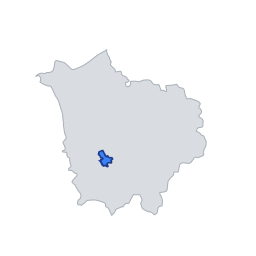 Akciabrski, Gomel, Belarus (highlighted), rotated 67°
{"feature_id": "67162791B76840313346110", "entity_name": "Akciabrski", "entity_type": "district", "adm_level": 2, "iso_a3": "BLR", "parent_name": "Belarus", "parent_adm1": "Gomel", "projection": "albers", "projection_center": [28.984, 52.671], "detail": "fine", "context": "in_parent", "style": "filled", "palette": "blue", "viewbox_px": 256, "rotation_deg": 67, "n_neighbors": 0, "source": "geoboundaries", "source_scale": "gbopen_adm2", "svg_char_len": 6581}
<svg xmlns="http://www.w3.org/2000/svg" viewBox="0 0 256 256"><g transform="rotate(67 128 128)"><path d="M202.0,177.2L198.4,177.2L194.0,177.4L191.6,179.2L188.9,178.4L187.1,179.4L182.8,184.3L181.2,186.8L179.7,190.8L178.8,193.7L179.3,195.7L180.2,197.6L180.4,199.6L180.9,201.2L179.8,202.4L179.2,204.0L177.3,203.8L175.0,202.2L174.5,199.9L172.8,198.3L171.6,197.5L169.7,197.4L166.7,198.2L162.8,198.8L159.8,199.0L158.2,199.9L155.8,200.7L154.8,199.7L153.5,197.1L152.4,194.5L151.7,193.4L151.0,193.0L150.2,193.1L149.3,193.9L148.6,194.8L146.1,195.8L145.0,196.7L143.8,199.1L143.0,198.9L142.2,198.4L141.2,195.7L139.9,195.0L137.9,195.0L135.3,194.4L133.2,193.6L132.4,193.8L131.2,194.9L129.8,195.0L126.9,194.0L126.3,194.4L124.6,197.4L123.7,197.5L123.3,197.1L123.6,194.5L121.9,193.6L119.0,193.4L117.0,193.7L116.0,193.6L115.5,193.1L113.1,188.7L111.8,188.4L109.5,188.5L106.0,187.9L102.1,186.8L99.9,186.4L98.8,185.4L96.3,185.0L89.8,182.9L87.2,182.4L83.2,182.2L77.2,181.5L73.3,181.5L71.5,182.0L69.4,182.3L62.3,182.4L59.7,182.7L58.9,183.6L57.9,185.5L54.7,188.7L51.7,190.8L51.2,191.0L49.6,189.6L48.2,189.1L46.6,188.9L45.4,189.2L44.6,189.7L44.5,192.3L44.3,192.6L43.3,189.3L43.6,186.5L44.4,184.9L45.4,183.5L45.2,181.3L46.2,178.5L46.4,176.4L46.1,175.4L45.5,174.3L43.8,173.0L43.0,172.1L40.6,170.7L38.2,169.0L37.9,168.0L38.1,167.4L38.6,166.5L40.7,163.8L42.9,161.2L44.3,160.2L51.5,157.2L52.6,156.1L53.1,154.0L53.2,149.8L53.1,146.0L52.8,143.3L51.8,138.2L49.0,127.8L47.7,117.0L49.0,117.7L52.2,118.2L54.8,117.7L56.2,117.7L57.3,118.0L60.7,117.6L61.5,118.6L62.9,119.5L65.9,118.5L68.6,117.2L71.3,117.5L71.8,116.8L72.6,113.1L73.5,112.3L76.7,112.9L77.9,112.2L79.3,110.5L81.2,109.4L82.8,109.5L84.5,108.3L85.3,109.2L85.6,110.8L85.0,112.0L85.2,112.5L86.3,113.1L88.3,113.2L89.6,112.8L89.9,112.1L90.0,110.8L89.7,109.6L88.9,108.5L87.4,107.9L86.3,107.8L86.2,107.1L86.6,105.7L87.7,103.2L89.0,100.9L89.7,100.0L89.9,99.2L89.8,97.8L89.9,95.3L91.1,91.7L92.6,89.1L94.5,88.3L96.9,87.9L98.4,86.7L99.2,85.3L99.9,83.0L100.6,82.5L106.2,83.0L107.1,80.7L107.6,80.1L108.6,79.5L109.4,78.7L109.2,78.0L107.8,77.6L104.5,77.1L103.8,76.3L104.1,75.4L105.0,73.1L106.0,70.0L106.5,67.7L106.6,66.3L107.1,65.9L109.7,65.5L110.6,65.1L113.0,61.9L114.8,61.4L119.3,62.4L121.4,62.4L124.0,62.6L124.2,62.3L125.2,59.1L129.7,54.1L132.1,52.3L133.6,52.0L134.1,52.1L136.5,54.8L137.1,54.9L138.6,53.8L141.4,53.7L142.7,54.7L144.5,58.0L145.4,58.4L148.1,56.5L149.6,55.9L150.5,55.9L155.6,58.5L155.9,59.3L156.0,60.3L155.2,63.3L156.3,65.2L157.5,66.4L160.1,64.3L161.0,63.7L162.1,63.7L163.5,62.9L164.5,61.7L165.4,61.3L167.3,61.6L170.7,61.2L174.6,63.0L174.9,63.5L177.0,65.6L177.7,66.7L178.3,67.0L179.4,68.0L180.8,68.6L181.8,68.4L182.2,68.7L182.7,69.6L182.8,70.9L182.7,74.9L181.4,77.1L181.2,77.8L181.3,78.7L182.5,80.4L184.0,83.0L184.4,84.6L184.4,85.7L182.5,89.2L181.9,90.0L181.4,91.7L181.3,93.4L181.4,94.1L184.8,96.8L187.3,98.2L187.9,98.9L188.0,99.3L186.7,102.3L186.6,103.1L188.7,104.2L189.8,106.1L190.9,109.2L192.9,112.1L200.2,116.2L200.8,117.0L201.1,117.9L200.9,120.0L199.8,123.9L201.0,124.4L204.2,124.2L208.0,124.5L212.8,127.0L212.8,128.3L212.4,129.4L212.8,130.6L213.4,131.6L217.5,134.4L217.9,135.3L218.1,136.8L218.0,137.9L216.9,138.2L215.7,138.8L213.8,140.2L213.1,142.1L209.9,144.8L207.9,146.1L206.3,146.2L202.4,145.8L201.0,144.6L200.4,143.5L198.9,143.0L196.9,143.0L194.2,143.3L193.7,143.7L193.3,145.1L192.2,147.6L191.4,149.0L195.1,153.7L196.9,155.6L197.5,156.8L197.5,157.7L196.7,158.8L196.9,160.8L198.7,163.5L198.1,163.9L198.1,167.2L198.2,170.8L198.7,171.6L199.6,172.3L200.5,173.6L201.9,176.5L202.0,177.2Z" fill="#d9dde1" stroke="#a8b0b8" stroke-width="1"/><path d="M138.8,164.3L139.0,164.4L139.1,164.5L139.4,164.6L139.6,164.7L139.8,164.7L140.2,164.8L140.4,164.9L140.4,165.1L140.4,165.4L140.5,165.5L141.0,165.4L141.3,165.3L141.6,165.2L141.8,165.2L142.0,165.1L142.1,164.9L142.1,164.7L142.3,164.7L142.6,164.8L142.8,164.7L143.1,164.7L143.3,164.7L143.7,164.7L144.0,164.7L144.4,164.8L144.6,164.8L144.7,164.7L144.8,164.5L144.8,164.3L144.9,164.2L145.0,163.8L145.1,163.6L145.4,163.6L145.6,163.3L145.8,163.2L146.1,163.0L146.3,163.0L146.5,163.2L146.7,163.3L146.6,163.7L146.5,164.0L146.6,164.4L146.7,164.6L146.8,164.7L147.0,164.8L146.9,165.1L146.7,165.2L146.5,165.5L146.8,165.7L147.1,165.7L147.1,165.8L147.1,166.0L147.4,166.1L147.5,166.1L147.4,166.3L147.2,166.4L147.1,166.5L147.1,166.8L147.2,166.7L147.4,166.7L147.5,166.7L147.9,166.6L148.0,166.6L148.4,166.5L148.5,166.5L148.6,166.4L148.8,166.4L149.0,166.2L149.4,166.0L149.5,166.1L149.6,165.9L149.8,165.9L149.9,166.0L150.1,166.1L150.3,166.0L150.5,165.9L150.7,166.0L150.8,166.3L151.0,166.2L151.1,165.9L151.2,165.6L151.4,165.5L151.5,165.5L151.6,165.8L151.6,166.0L151.8,166.1L152.0,166.1L152.3,166.2L152.5,166.2L152.8,165.8L152.9,165.5L153.0,165.4L153.4,165.3L153.6,165.2L153.6,164.9L153.4,164.6L153.4,164.3L153.4,164.1L153.5,163.9L153.4,163.7L153.4,163.4L153.6,163.3L153.7,163.2L153.8,163.1L154.0,162.9L154.2,163.0L154.3,163.1L154.7,163.1L154.8,163.0L154.9,162.9L155.0,162.7L154.9,162.5L154.9,162.4L155.0,162.2L155.3,162.0L155.5,162.0L155.7,161.8L155.7,161.7L155.5,161.4L155.3,161.3L155.2,161.4L154.9,161.4L154.7,161.4L154.6,161.5L154.3,161.4L154.2,161.4L153.9,161.4L153.7,161.3L153.4,161.2L153.2,161.3L152.8,161.4L152.7,161.3L152.7,161.2L152.7,160.9L152.6,160.7L152.4,160.4L152.4,160.1L152.3,159.9L152.3,159.7L152.4,159.4L152.5,159.1L152.6,158.9L152.8,158.6L152.9,158.4L153.0,158.1L152.9,157.9L152.9,157.7L153.1,157.6L153.3,157.7L153.5,157.5L153.5,157.3L153.6,157.2L153.6,156.8L153.5,156.7L153.4,156.6L153.1,156.6L152.9,156.6L152.7,156.6L152.3,156.6L152.2,156.5L152.1,156.4L152.0,156.5L151.8,156.4L151.8,156.1L151.7,156.1L151.4,156.3L151.2,156.3L151.1,156.2L150.9,155.8L151.0,155.6L150.9,155.4L150.8,155.2L150.6,154.5L150.5,154.2L150.4,154.2L150.1,154.3L149.9,154.3L149.6,154.4L149.3,154.4L149.0,154.4L148.9,154.5L149.0,155.0L148.8,155.5L148.7,155.7L148.5,155.8L148.3,156.0L148.3,156.3L148.1,156.5L147.8,156.7L147.6,156.9L147.4,157.1L147.3,157.3L147.0,157.3L146.8,157.4L146.6,157.5L146.3,157.6L146.1,157.5L145.8,157.4L145.6,157.6L145.6,157.8L145.6,158.2L145.8,158.3L146.0,158.4L146.1,158.5L146.1,158.8L146.1,159.0L145.9,159.1L145.6,159.0L145.4,159.1L145.2,159.2L145.0,159.4L144.9,159.6L144.8,159.8L144.6,159.9L144.4,159.7L144.0,159.4L143.8,159.5L143.7,159.6L143.2,159.7L142.9,159.6L142.6,159.6L142.3,159.6L142.1,159.9L141.8,160.0L141.5,160.0L141.3,159.9L141.0,159.8L140.6,159.8L140.3,160.0L140.1,159.8L139.9,159.8L139.7,159.9L139.5,160.0L139.4,160.0L139.5,160.1L139.4,160.4L139.0,160.7L138.6,161.0L138.5,161.3L138.6,161.9L138.7,162.6L138.7,163.1L138.8,163.9L138.8,164.3Z" fill="#3b82f6" stroke="#1e3a8a" stroke-width="1.5"/></g></svg>